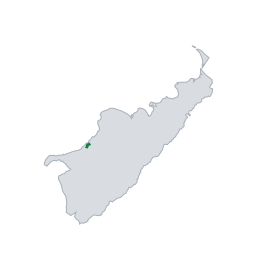 San Salvador, Entre Ríos, Argentina (highlighted), rotated 217°
{"feature_id": "61730980B4034945746834", "entity_name": "San Salvador", "entity_type": "district", "adm_level": 2, "iso_a3": "ARG", "parent_name": "Argentina", "parent_adm1": "Entre Ríos", "projection": "equal_earth", "projection_center": [-58.492, -31.58], "detail": "fine", "context": "in_parent", "style": "filled", "palette": "green", "viewbox_px": 256, "rotation_deg": 217, "n_neighbors": 0, "source": "geoboundaries", "source_scale": "gbopen_adm2", "svg_char_len": 4422}
<svg xmlns="http://www.w3.org/2000/svg" viewBox="0 0 256 256"><g transform="rotate(217 128 128)"><path d="M154.1,80.5L152.8,83.2L153.1,85.0L151.8,89.3L152.2,90.2L151.1,92.2L151.5,94.4L151.0,96.5L151.2,99.2L150.8,100.0L149.9,100.2L149.3,103.9L150.1,107.4L149.4,108.1L150.6,110.7L154.3,112.9L156.2,115.2L156.2,116.1L155.3,117.5L155.1,118.7L155.7,120.3L156.6,121.3L158.4,121.9L158.6,124.2L158.3,125.6L155.0,130.8L154.2,133.0L151.1,135.2L143.1,137.8L136.8,138.8L133.2,138.6L130.8,137.6L131.1,140.4L132.3,141.3L131.7,141.3L132.2,141.8L131.9,144.1L131.2,144.6L130.7,146.5L130.7,148.2L131.5,149.5L130.8,150.9L128.1,152.3L124.9,152.6L118.9,150.4L119.2,150.1L118.8,149.9L117.9,150.4L117.5,152.3L118.3,155.2L118.2,157.7L118.6,158.5L120.7,159.5L120.6,160.5L121.3,160.6L122.8,160.3L123.0,159.5L122.2,159.2L124.2,158.6L125.1,159.6L125.2,162.2L124.9,162.9L123.2,163.4L122.8,163.2L121.8,161.4L121.0,161.1L118.7,162.0L118.5,162.6L121.9,163.9L119.5,165.3L117.6,167.6L117.7,172.0L117.3,173.2L116.0,174.3L115.8,175.1L116.3,175.6L116.1,176.4L113.5,176.2L111.7,177.5L110.1,177.9L107.2,182.7L107.8,185.1L111.3,188.4L115.6,189.3L116.2,190.5L116.1,191.8L115.6,192.6L114.1,193.3L115.5,193.3L116.1,194.0L108.8,199.9L107.9,201.6L107.6,205.1L107.1,205.9L105.6,206.6L104.5,205.8L103.6,204.5L103.7,205.6L102.3,206.0L104.0,206.0L104.9,206.9L102.6,208.1L102.0,209.3L101.8,210.9L101.0,211.8L101.7,211.6L102.5,214.7L100.8,215.0L103.0,215.5L105.8,219.0L105.6,219.3L105.5,218.9L98.7,217.3L89.8,217.1L89.8,216.6L87.6,214.7L88.0,213.3L87.5,212.2L87.9,211.2L87.5,209.9L86.7,209.4L83.9,210.2L82.0,206.7L81.9,204.8L81.3,203.6L81.7,202.0L83.2,201.9L83.5,200.3L85.3,199.0L85.2,197.4L86.3,196.5L86.5,195.7L85.3,193.6L85.9,191.3L87.8,189.6L87.4,187.4L88.4,186.3L87.4,183.4L88.4,182.2L87.8,181.5L87.7,179.9L88.8,179.5L89.4,177.8L88.2,176.3L86.1,175.8L85.9,175.0L89.7,174.9L90.0,173.7L89.7,173.0L86.9,172.6L86.8,170.9L87.3,169.8L86.7,168.8L86.8,167.8L86.0,166.3L86.7,165.6L84.7,164.0L84.5,161.5L84.9,160.8L84.6,159.5L86.2,158.2L85.2,155.7L85.1,150.9L84.7,149.6L85.7,147.7L85.1,146.4L85.8,145.4L85.3,142.9L86.2,142.7L86.6,138.4L88.7,137.2L89.2,136.3L87.3,130.9L87.4,128.8L87.0,127.9L87.3,126.7L86.9,124.9L87.4,122.8L88.9,121.9L89.0,121.2L90.5,119.8L90.3,116.2L89.5,114.4L90.3,113.8L90.7,111.0L91.7,108.1L92.7,107.6L92.3,104.4L92.6,101.4L91.2,100.8L91.4,98.7L90.9,98.2L90.6,95.9L89.6,93.9L89.5,93.0L90.0,92.5L89.0,91.7L88.2,89.8L88.3,88.1L88.4,87.0L89.4,86.1L89.2,85.3L90.0,81.8L91.1,81.6L91.6,80.4L91.0,79.7L91.0,77.6L90.4,74.6L91.4,73.0L92.1,68.3L94.5,64.9L96.0,59.6L97.3,59.5L98.7,58.4L97.2,54.9L98.0,52.7L96.9,48.0L97.2,46.3L98.0,45.3L97.0,43.5L97.2,42.0L98.5,40.4L103.2,37.9L104.8,30.6L103.8,29.3L106.3,25.1L108.1,24.3L108.8,22.1L111.2,24.2L115.3,24.3L117.4,25.1L118.9,29.4L121.0,23.7L126.6,23.5L127.8,25.6L130.0,27.9L131.5,31.0L136.3,35.9L142.3,38.3L146.0,41.6L150.3,44.3L152.4,45.0L154.0,46.9L154.4,48.4L153.4,49.5L152.7,51.7L151.6,52.9L151.1,54.3L151.2,56.0L148.9,59.5L149.0,60.7L151.3,60.4L156.7,61.8L159.4,61.8L160.2,62.4L161.6,60.8L164.0,61.4L165.5,58.6L167.0,58.1L168.6,56.1L169.4,53.8L169.8,48.7L170.7,49.0L172.2,48.3L173.6,49.3L174.7,53.6L174.4,57.7L173.7,59.4L172.0,60.3L171.1,61.5L168.5,62.4L167.1,64.5L163.9,66.9L164.1,68.1L163.0,68.0L157.6,76.4L154.1,80.5ZM105.6,232.9L104.9,220.9L106.8,223.3L105.9,223.1L105.7,224.3L107.2,224.5L108.0,225.9L111.2,228.6L116.0,231.2L120.6,232.0L119.4,233.2L115.0,233.9L112.3,233.2L105.6,232.9ZM122.5,232.8L123.8,232.3L126.5,232.2L123.0,233.2L122.5,232.8ZM133.0,139.7L132.9,140.3L132.1,139.4L133.0,139.7Z" fill="#d9dde1" stroke="#a8b0b8" stroke-width="1"/><path d="M149.7,87.7L149.6,87.8L149.4,87.8L149.1,87.7L149.1,87.8L148.9,87.9L148.9,88.0L148.7,88.0L148.7,88.3L148.8,88.4L148.9,88.6L149.0,88.5L149.2,88.8L149.2,89.0L149.3,89.0L149.5,89.2L149.4,89.4L149.4,89.5L149.5,89.5L149.4,89.8L149.4,90.0L149.2,90.2L149.1,90.3L149.1,90.8L149.1,91.1L148.9,91.4L148.8,91.6L148.4,91.6L148.4,91.8L148.6,91.8L148.5,92.0L149.0,92.1L148.9,92.0L149.1,91.7L149.1,91.8L149.3,91.8L149.2,91.8L149.3,91.7L149.5,91.4L149.7,91.5L149.8,91.5L149.7,91.5L149.8,91.5L150.0,91.5L150.1,91.4L150.0,91.2L149.9,91.2L150.0,91.1L149.9,91.1L150.0,91.0L150.2,90.9L150.3,90.8L150.4,90.7L150.6,90.6L150.8,90.1L150.7,90.0L150.7,89.9L150.7,90.1L150.6,89.6L150.4,89.7L150.3,89.4L150.3,89.2L150.2,89.2L149.8,88.9L149.8,88.7L150.0,88.5L150.0,88.4L150.0,88.2L149.9,88.0L149.8,87.9L149.7,87.8L149.7,87.7Z" fill="#22c55e" stroke="#15803d" stroke-width="1.5"/></g></svg>